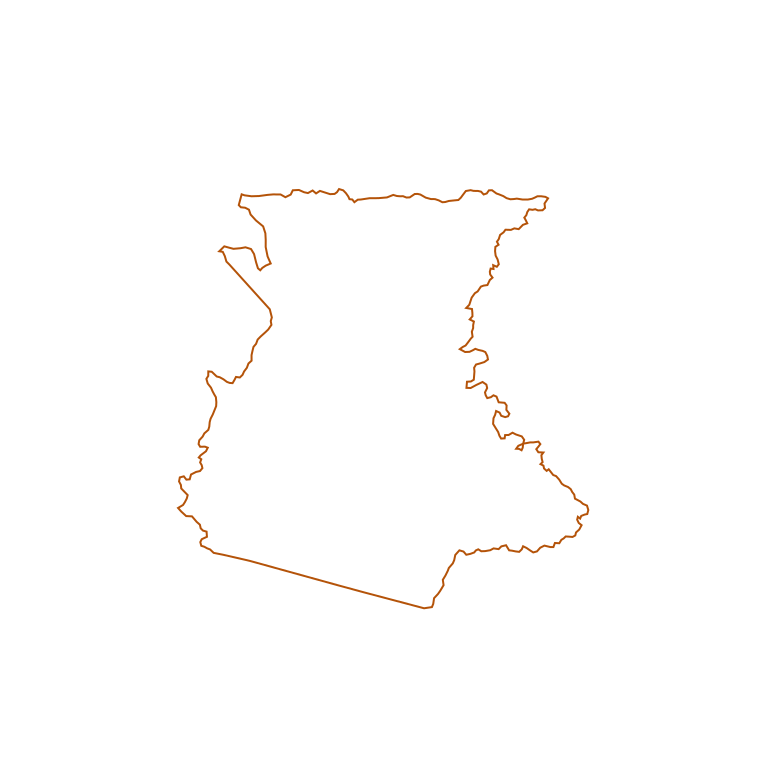 outline of Pontalina, Goiás, Brazil, rotated 142°
{"feature_id": "56859067B14800214283201", "entity_name": "Pontalina", "entity_type": "district", "adm_level": 2, "iso_a3": "BRA", "parent_name": "Brazil", "parent_adm1": "Goiás", "projection": "albers", "projection_center": [-49.587, -17.537], "detail": "fine", "context": "isolated", "style": "outline", "palette": "amber", "viewbox_px": 768, "rotation_deg": 142, "n_neighbors": 0, "source": "geoboundaries", "source_scale": "gbopen_adm2", "svg_char_len": 5135}
<svg xmlns="http://www.w3.org/2000/svg" viewBox="0 0 768 768"><g transform="rotate(142 384 384)"><path d="M520.8,497.4L522.6,492.9L522.6,487.6L523.6,483.7L524.2,480.3L524.6,477.1L527.3,472.9L529.9,469.9L537.7,465.4L542.0,463.4L544.8,461.3L547.9,458.0L550.7,456.0L556.0,455.7L559.3,454.2L564.2,453.4L567.1,450.8L567.5,447.7L563.7,444.9L562.1,442.3L565.7,440.6L572.5,440.7L575.2,440.1L574.3,437.2L577.2,435.4L577.6,432.3L578.9,429.5L582.6,428.7L586.2,430.4L591.8,431.5L595.8,428.5L598.6,430.3L598.6,434.5L602.4,436.1L605.5,433.4L606.2,429.5L608.1,426.5L607.1,417.3L609.9,415.2L613.6,413.5L616.8,412.4L622.6,413.1L622.3,408.3L621.2,401.7L619.1,399.9L616.8,397.9L616.5,390.7L615.7,386.5L617.3,383.1L616.9,379.9L614.7,376.9L617.6,372.6L620.5,373.3L623.2,373.9L626.1,372.5L627.6,369.0L625.8,366.4L624.5,363.3L622.9,360.7L622.2,355.8L615.9,348.5L602.0,331.4L600.3,329.3L598.4,326.9L543.5,252.8L528.1,232.2L490.5,182.6L483.6,178.7L480.6,180.4L476.4,184.4L470.7,185.3L467.1,186.4L460.9,188.8L458.2,193.5L453.6,195.2L448.6,197.6L446.2,199.1L440.2,200.3L437.1,202.0L433.1,205.4L427.0,206.5L424.5,203.0L424.3,198.8L420.6,197.0L416.6,195.7L414.1,196.3L411.5,195.7L410.3,192.3L407.1,190.0L402.6,187.6L398.9,187.0L395.3,183.3L391.5,183.8L387.1,181.8L387.8,175.9L385.8,173.9L383.3,171.0L380.8,168.5L377.2,168.9L374.3,170.5L372.6,167.0L371.3,162.8L370.1,159.4L366.5,157.9L361.7,158.8L357.1,157.9L353.3,153.1L350.9,151.2L347.2,153.5L343.9,150.6L340.2,152.0L337.5,151.7L334.7,152.0L332.3,149.9L329.6,147.4L326.5,146.9L324.1,148.8L319.8,149.1L315.2,151.1L316.1,154.6L315.3,158.2L313.0,160.0L312.3,157.2L309.8,158.6L306.3,157.6L303.9,156.4L300.6,158.9L298.9,163.2L301.0,167.0L301.6,170.5L302.8,173.2L304.1,176.1L302.2,179.7L302.2,182.9L301.6,186.2L302.4,189.5L304.5,193.2L305.3,196.0L304.8,200.8L305.1,205.5L306.7,208.1L306.7,212.1L306.7,215.4L309.3,215.4L309.9,218.9L308.6,221.5L310.0,224.5L307.1,224.8L305.7,228.0L303.8,231.0L300.6,231.9L304.4,235.2L304.1,238.9L301.3,239.5L297.8,240.4L297.8,243.5L302.2,246.0L304.8,248.0L308.1,249.7L311.1,251.3L307.9,253.7L307.7,257.9L311.1,263.0L312.7,266.5L317.2,267.1L320.0,269.2L322.4,266.9L325.3,268.9L324.9,272.2L323.6,275.9L323.2,279.8L322.6,285.4L318.8,289.6L315.4,291.3L312.3,293.7L310.5,290.3L311.2,286.8L308.9,283.3L306.1,282.2L303.5,283.4L303.5,288.3L300.6,291.6L300.5,294.9L304.9,299.0L303.1,304.8L304.7,307.7L307.9,307.8L311.3,309.3L310.8,312.5L309.6,315.2L305.2,317.3L303.7,320.5L305.1,324.9L311.8,326.4L318.2,327.5L321.4,330.2L317.2,334.7L314.0,332.5L310.6,332.1L308.0,334.9L305.0,338.2L303.0,341.3L299.5,342.7L296.2,341.3L291.4,339.5L287.0,339.3L285.3,342.6L284.5,346.8L285.9,349.4L288.7,352.8L290.4,355.5L293.2,355.9L296.8,356.7L300.4,359.3L302.8,364.8L299.2,364.7L296.0,364.1L293.2,364.8L290.6,365.5L287.8,366.3L285.1,366.7L282.6,371.1L279.3,373.2L277.5,375.5L274.7,377.9L276.7,382.1L272.6,382.9L270.6,385.6L268.5,388.9L272.4,393.3L268.0,393.9L264.6,396.2L261.7,398.1L256.5,399.6L253.2,399.3L247.7,401.1L244.9,400.2L241.6,398.3L236.6,400.8L233.0,401.0L232.9,404.9L231.5,407.3L228.9,409.3L226.9,407.2L224.8,410.4L222.9,406.9L219.8,407.7L217.8,412.2L217.0,416.4L214.7,420.3L211.8,423.5L208.0,423.2L207.4,426.6L204.4,427.5L200.7,430.0L196.4,429.9L193.3,430.8L189.1,427.3L185.5,426.4L182.5,423.1L176.5,423.9L172.2,422.4L171.5,425.5L171.0,428.7L167.9,429.4L165.2,431.3L162.1,432.3L159.7,429.8L157.2,428.6L155.8,426.0L152.1,423.3L148.7,423.6L146.4,427.4L140.4,429.3L141.6,432.1L144.5,435.1L147.6,437.5L150.6,438.1L153.3,438.8L156.9,440.7L161.1,443.9L165.2,448.3L167.8,449.8L170.7,451.8L173.0,455.0L174.3,458.6L176.6,462.6L178.1,464.9L179.6,470.2L182.1,472.0L185.7,470.9L188.8,472.0L189.1,475.8L191.2,478.4L194.5,481.0L196.4,483.4L200.7,485.7L205.6,484.4L208.8,483.5L212.1,483.2L215.4,485.3L220.2,488.3L223.7,489.7L226.1,491.3L227.8,495.0L230.0,498.3L233.2,500.9L236.4,505.2L238.7,510.9L240.4,513.0L242.8,514.8L248.8,515.2L251.5,517.1L253.4,520.3L255.6,521.9L258.1,524.2L260.3,527.3L266.8,529.2L274.0,533.9L281.0,539.3L288.6,543.6L291.2,545.4L295.4,545.5L295.4,548.9L297.4,550.9L296.7,553.7L296.5,557.8L296.9,561.7L299.4,565.3L302.9,564.1L305.9,564.2L309.6,566.8L315.6,575.6L320.2,576.0L321.1,580.4L326.4,581.3L328.9,584.3L331.6,589.3L336.6,592.8L340.9,590.7L346.7,591.9L348.8,597.0L354.7,601.7L359.3,604.7L366.8,609.1L372.8,613.5L377.7,618.5L379.4,621.1L388.3,614.4L388.0,611.4L384.9,608.4L383.1,604.5L384.8,599.7L384.2,591.7L382.2,582.6L384.7,575.8L388.4,570.5L392.9,564.8L397.2,556.2L399.1,548.7L404.3,550.1L408.4,550.4L411.5,549.8L412.1,552.8L409.9,558.6L406.4,566.4L405.7,572.2L409.0,577.0L413.4,579.3L419.4,583.2L422.0,586.6L425.1,590.8L432.1,590.0L429.7,587.4L430.7,582.8L432.8,577.5L432.3,573.4L428.0,513.2L431.4,505.5L434.5,503.3L436.3,499.9L441.7,498.2L445.7,497.8L451.7,497.4L456.2,496.8L460.1,494.4L464.0,493.6L467.2,491.1L470.6,488.3L474.0,483.9L478.2,483.6L482.1,481.2L486.6,480.0L489.8,478.3L493.6,477.9L496.3,480.7L499.0,479.4L502.8,477.9L504.9,479.8L506.5,482.4L507.6,486.5L509.3,490.5L511.2,492.9L512.2,499.7L514.7,502.1L517.5,498.6L520.8,497.4ZM311.1,251.3L313.9,248.4L316.4,247.1L317.5,249.7L319.7,251.6L316.2,252.6L311.1,251.3Z" fill="none" stroke="#b45309" stroke-width="2"/></g></svg>